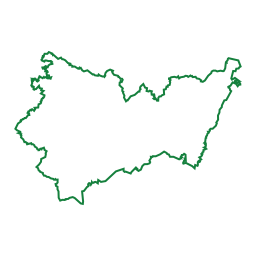 outline of Jilotlán de los Dolores, Jalisco, Mexico
{"feature_id": "50627088B52890946668880", "entity_name": "Jilotlán de los Dolores", "entity_type": "district", "adm_level": 2, "iso_a3": "MEX", "parent_name": "Mexico", "parent_adm1": "Jalisco", "projection": "orthographic", "projection_center": [-102.935, 19.317], "detail": "fine", "context": "isolated", "style": "outline", "palette": "green", "viewbox_px": 256, "rotation_deg": 0, "n_neighbors": 0, "source": "geoboundaries", "source_scale": "gbopen_adm2", "svg_char_len": 5614}
<svg xmlns="http://www.w3.org/2000/svg" viewBox="0 0 256 256"><path d="M53.0,54.4L51.7,53.9L51.9,53.4L48.8,52.1L47.4,53.8L44.6,53.8L43.7,55.7L44.5,56.2L42.8,56.0L42.6,57.0L43.2,57.2L42.6,57.8L42.2,57.0L42.4,58.8L41.5,59.6L41.7,60.4L44.4,61.6L45.1,60.5L45.9,60.4L48.6,61.1L50.9,61.0L51.4,61.4L50.9,61.6L51.3,62.6L52.3,63.2L52.4,63.9L49.9,64.4L48.5,65.4L47.7,67.3L46.9,67.3L47.0,66.8L45.7,66.1L43.6,67.5L41.4,67.4L43.0,67.6L43.0,68.5L43.8,68.3L44.4,69.0L46.1,68.3L45.3,71.1L47.1,70.9L47.7,72.0L46.4,73.0L46.9,75.2L49.0,75.4L49.2,77.2L50.0,77.6L51.1,77.3L50.6,78.7L48.1,77.9L47.9,78.4L47.1,78.2L47.0,77.0L46.2,76.9L44.7,77.7L43.9,76.9L42.7,78.2L40.7,77.1L40.0,77.3L40.1,76.6L39.5,76.3L38.2,79.3L38.7,80.5L37.5,81.5L36.8,81.2L36.6,79.8L35.5,79.7L35.5,78.8L35.0,78.5L34.5,78.9L32.6,78.8L33.8,79.8L33.2,80.8L32.2,79.8L31.7,80.0L32.2,83.3L31.3,85.5L32.0,86.5L32.3,86.0L33.8,86.8L33.5,89.3L34.2,89.7L34.7,89.2L36.0,89.1L39.0,85.8L39.7,88.2L41.8,88.6L41.2,90.3L43.5,90.9L40.9,93.5L44.5,95.3L44.2,96.8L43.4,97.9L42.8,97.8L42.5,98.7L41.7,99.0L41.3,100.1L41.7,100.7L40.6,101.6L41.1,102.7L40.6,103.5L38.6,104.3L38.2,107.5L34.6,107.8L35.2,109.0L34.1,110.8L32.1,109.2L31.2,109.6L31.1,110.3L30.2,110.0L29.1,111.4L28.4,111.4L27.6,112.9L29.1,113.5L29.3,115.0L28.2,115.0L25.8,118.1L24.6,118.0L23.4,119.2L22.6,119.1L21.4,120.4L20.9,120.1L20.5,120.6L20.9,121.5L18.0,123.5L15.4,128.8L17.2,130.4L20.3,131.8L20.4,132.2L18.4,133.1L21.2,134.1L20.7,135.1L21.4,135.7L21.0,137.4L23.3,139.4L24.4,142.1L25.4,141.9L27.4,143.2L26.8,143.6L27.1,144.3L31.2,143.2L31.6,144.3L32.9,144.2L34.3,145.2L34.8,146.6L36.7,147.7L37.3,149.2L38.4,149.5L38.5,150.2L39.4,150.1L40.2,148.8L41.0,148.6L41.6,149.2L41.9,148.5L43.9,147.7L44.6,150.0L46.6,151.2L45.6,153.2L45.9,154.0L45.3,157.0L41.2,159.0L41.0,161.8L39.1,164.5L36.5,167.0L38.0,168.1L38.7,170.4L39.8,171.0L40.0,171.7L42.9,173.0L42.9,173.9L44.0,175.7L45.4,175.7L46.8,176.8L48.7,177.0L50.9,178.4L53.3,178.9L53.8,179.6L54.8,179.7L55.4,179.1L55.9,179.7L57.6,179.6L57.6,182.5L56.7,183.7L55.6,184.0L56.0,185.9L57.5,186.7L57.5,189.3L58.5,191.4L58.7,197.8L60.2,200.6L62.4,199.8L64.7,200.0L65.9,199.5L65.8,199.1L68.3,198.9L69.4,197.9L72.7,197.1L74.7,198.0L80.7,203.4L82.8,203.9L83.1,201.5L82.1,191.4L84.0,190.9L87.0,187.0L88.2,186.3L88.7,185.6L88.1,184.8L88.3,183.9L89.1,183.1L90.0,183.3L90.8,184.8L92.0,182.9L92.0,182.2L92.4,182.7L93.7,182.8L94.3,182.1L95.7,181.9L97.8,183.3L98.2,180.0L101.0,181.9L105.5,181.1L115.9,171.4L123.6,168.8L123.6,170.9L124.6,171.9L125.6,171.6L130.7,173.5L131.4,172.1L135.9,167.5L137.2,168.8L136.4,169.3L138.5,170.9L140.9,169.6L142.3,166.1L144.3,164.2L147.4,164.1L149.6,163.3L150.2,162.1L149.4,160.6L151.1,157.9L150.9,156.8L152.5,156.9L152.8,156.2L155.7,156.3L160.0,154.4L164.1,151.6L166.7,153.0L167.2,154.0L168.9,154.5L170.0,156.8L173.5,156.8L179.1,159.3L179.8,159.2L180.4,158.2L181.1,158.3L180.6,157.2L180.8,156.8L181.7,156.9L181.3,156.3L181.8,155.0L182.9,155.0L184.1,153.8L184.9,154.3L185.5,154.7L185.7,158.7L185.3,158.1L184.7,158.4L185.1,159.2L184.3,160.4L184.8,160.9L184.0,160.9L183.1,163.0L183.4,163.6L185.9,162.9L192.2,166.1L194.6,168.3L195.2,165.0L197.5,165.8L197.9,164.9L197.8,162.1L198.2,161.5L199.6,162.0L200.0,161.5L199.4,160.5L201.2,159.4L199.3,157.4L201.3,156.4L202.0,155.3L201.4,154.1L202.5,153.8L202.3,152.5L203.5,151.7L203.4,150.1L206.1,148.9L204.3,147.6L205.4,147.4L205.1,146.8L205.8,146.1L205.9,144.9L205.1,144.5L205.7,143.4L204.3,142.9L205.2,141.9L205.6,138.2L206.2,137.9L206.1,136.4L207.0,135.6L207.4,133.8L208.6,132.8L208.1,131.8L209.1,131.8L209.9,130.6L209.6,129.9L210.5,128.8L212.7,128.7L215.9,125.7L216.8,123.3L216.3,122.6L218.1,119.7L218.0,115.5L219.4,112.6L219.6,109.7L221.8,107.1L221.9,105.4L224.3,100.4L226.3,100.0L231.2,91.1L230.1,90.1L229.7,88.3L228.4,87.5L228.3,86.8L230.5,85.7L232.6,82.4L236.0,83.8L237.7,86.2L238.6,84.9L240.3,84.6L240.2,83.5L239.3,82.5L237.1,83.1L234.7,81.8L235.1,80.7L238.9,80.8L234.9,77.9L232.0,79.6L231.3,78.5L233.2,71.0L235.5,71.2L236.3,68.7L238.6,68.5L239.2,67.4L240.6,66.5L238.3,60.4L228.6,58.2L227.9,58.8L227.6,60.3L226.4,61.6L226.6,62.5L226.0,62.3L225.8,62.9L225.2,68.3L223.9,70.9L223.1,71.2L220.5,70.7L217.2,71.4L215.5,70.6L213.3,70.6L211.7,71.5L211.2,73.1L208.2,75.7L204.9,80.5L202.8,81.8L200.9,81.4L201.1,80.3L199.2,78.9L196.7,78.4L195.6,76.8L192.8,77.1L192.1,76.0L191.3,76.3L190.5,75.5L188.2,76.9L187.2,76.0L185.5,75.8L184.0,76.7L180.6,77.3L179.1,78.4L178.2,76.3L176.9,77.5L174.4,76.8L171.1,77.3L170.4,78.1L169.0,78.4L169.0,79.1L170.5,80.1L169.7,81.4L170.2,82.2L169.7,84.9L167.9,85.4L167.7,86.8L166.5,86.6L165.8,89.2L163.8,89.6L164.1,94.4L161.9,95.3L160.9,96.4L159.3,96.5L158.3,97.9L158.2,100.7L157.0,100.7L155.9,98.8L154.3,99.2L153.5,98.5L154.9,97.6L154.3,96.4L154.4,95.1L154.0,94.3L153.4,94.5L153.3,95.4L152.7,94.5L151.7,94.6L151.4,92.3L151.8,91.3L149.6,90.7L148.7,91.5L146.6,91.0L147.0,88.1L145.1,87.6L143.3,84.0L140.5,86.6L140.0,88.1L140.6,89.1L139.6,90.3L139.5,91.6L138.4,91.6L134.7,94.9L130.7,96.3L127.7,100.3L127.3,100.1L126.0,101.3L124.0,97.5L124.4,95.7L123.0,92.7L123.3,91.7L122.4,91.2L122.2,89.9L122.8,88.4L119.5,85.2L119.7,82.6L120.6,82.3L120.7,81.1L121.8,81.8L122.7,79.8L122.1,78.8L120.5,78.7L119.0,76.9L118.4,77.0L118.0,75.8L114.0,74.8L112.4,72.6L112.6,71.9L112.2,71.6L112.9,70.7L110.1,69.6L107.1,71.0L105.6,72.8L105.0,74.8L105.3,75.7L104.4,76.9L103.9,76.3L102.5,76.5L99.8,75.5L98.6,74.5L98.0,75.8L94.8,75.3L93.7,74.3L92.7,74.5L87.4,70.3L83.9,71.4L82.2,70.3L80.8,67.9L79.7,68.5L79.4,67.7L78.2,68.7L74.7,66.5L72.4,66.7L72.5,66.0L71.0,65.1L69.4,65.1L69.3,64.4L70.0,63.6L67.9,63.0L65.3,60.3L63.4,59.3L62.1,59.2L61.0,57.6L58.1,58.9L53.4,54.8L53.0,55.0L53.0,54.4Z" fill="none" stroke="#15803d" stroke-width="2"/></svg>